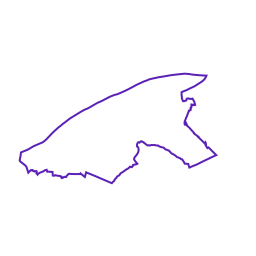 outline of Thot Not, Can Tho, Vietnam, rotated 290°
{"feature_id": "81297802B2345271224879", "entity_name": "Thot Not", "entity_type": "district", "adm_level": 2, "iso_a3": "VNM", "parent_name": "Vietnam", "parent_adm1": "Can Tho", "projection": "orthographic", "projection_center": [105.542, 10.239], "detail": "fine", "context": "isolated", "style": "outline", "palette": "violet", "viewbox_px": 256, "rotation_deg": 290, "n_neighbors": 0, "source": "geoboundaries", "source_scale": "gbopen_adm2", "svg_char_len": 5428}
<svg xmlns="http://www.w3.org/2000/svg" viewBox="0 0 256 256"><g transform="rotate(290 128 128)"><path d="M132.7,220.2L133.9,217.6L137.3,210.3L136.3,209.5L137.6,207.8L137.9,207.4L138.1,207.3L138.4,207.0L138.6,206.6L138.8,206.6L139.2,206.8L139.4,206.9L139.6,206.8L139.9,206.5L140.2,206.4L141.1,205.6L139.9,205.1L141.6,201.4L143.5,197.1L143.8,197.2L145.4,192.0L145.5,191.8L145.9,191.7L146.0,191.6L146.1,191.3L146.3,191.1L146.5,190.7L147.9,188.0L149.1,185.9L150.8,181.7L151.0,182.0L151.6,182.0L151.7,181.9L151.8,181.5L151.9,181.4L151.4,181.5L151.3,181.4L151.2,181.3L151.1,181.0L150.8,180.8L150.6,180.5L150.6,180.4L150.6,180.2L150.8,180.0L151.5,179.9L152.2,179.3L152.4,179.2L152.9,179.2L153.5,179.1L154.0,179.0L154.7,179.1L155.7,179.1L156.6,179.2L157.1,179.1L157.4,179.1L158.2,179.2L158.7,179.3L162.3,179.3L164.5,179.4L164.7,179.5L165.1,179.3L165.2,179.5L165.4,179.7L165.7,179.8L165.9,180.0L166.0,180.4L166.3,180.7L166.8,180.6L168.2,179.9L168.4,179.9L168.4,180.0L168.5,180.3L168.6,180.5L169.9,180.3L170.7,180.0L171.6,179.6L171.8,179.6L171.8,179.8L171.8,180.5L172.0,180.8L171.8,180.9L171.7,181.0L171.9,181.2L172.0,181.4L172.0,181.5L172.0,182.1L172.7,183.2L175.1,181.5L175.4,181.2L176.1,180.4L177.7,178.6L177.3,178.0L177.2,177.9L176.9,177.5L176.8,177.3L176.8,177.0L176.8,176.7L176.8,176.4L176.6,176.1L176.4,175.6L176.4,174.8L176.4,174.4L176.1,174.0L176.0,173.9L175.8,173.4L175.6,173.2L175.4,173.2L175.1,173.2L174.4,173.2L173.9,173.3L173.6,173.2L173.5,172.7L173.3,172.5L172.5,171.8L172.3,171.4L172.2,171.2L172.1,170.6L172.1,170.4L172.3,170.2L172.8,169.8L173.4,169.4L174.1,168.6L174.5,168.4L175.5,168.1L176.0,167.8L176.7,167.4L177.2,167.1L180.0,166.1L181.3,167.4L183.9,170.4L185.5,171.8L190.0,176.3L197.4,181.9L200.1,183.2L201.8,183.6L203.2,183.8L204.1,183.8L203.6,182.4L202.1,177.4L200.4,171.0L199.5,166.5L198.4,162.6L195.2,156.0L192.7,151.0L191.0,148.0L188.7,144.0L186.3,139.6L182.8,134.1L181.1,131.5L179.1,129.4L177.5,127.4L174.7,124.5L171.3,121.1L167.4,117.7L162.9,113.5L160.2,110.8L155.9,106.2L154.4,103.9L151.2,100.3L144.1,93.8L141.2,90.7L134.5,85.1L132.0,82.9L130.8,81.3L126.7,77.8L117.1,70.2L111.6,66.7L108.8,64.9L107.1,64.0L104.7,62.4L98.0,58.9L89.3,55.1L85.5,52.9L84.7,52.0L78.6,45.5L73.8,41.6L71.9,39.6L68.5,35.8L67.1,36.1L65.2,36.5L63.7,36.8L62.4,36.9L61.8,37.1L60.6,37.3L60.2,37.4L60.0,37.6L59.7,38.2L58.3,42.5L57.6,44.5L57.1,45.4L56.8,45.7L56.4,46.1L51.9,49.6L54.6,50.8L54.6,51.0L54.8,51.1L55.2,51.2L55.4,51.3L55.4,51.6L55.3,52.1L55.4,52.3L55.8,52.6L55.9,52.8L55.8,53.0L55.7,53.1L55.4,53.1L55.2,53.3L55.4,54.8L55.1,55.0L55.2,55.3L55.7,55.5L55.8,55.6L56.0,56.0L56.2,56.5L56.1,56.9L55.7,57.2L55.1,57.4L54.4,57.7L54.1,57.6L53.9,57.6L53.8,58.3L53.3,59.0L54.3,59.2L54.5,59.3L55.1,60.0L55.6,60.3L56.0,60.6L56.8,61.6L57.2,62.1L57.8,62.6L58.0,62.9L58.3,63.4L58.4,63.5L58.8,63.6L60.0,64.5L60.2,64.8L60.4,65.1L60.9,65.9L59.8,66.7L59.7,66.7L59.3,67.1L59.7,67.9L60.5,70.8L60.9,72.1L57.6,73.6L57.8,74.5L58.2,75.5L58.8,75.7L59.1,78.7L59.6,79.9L59.6,81.5L59.3,81.7L59.2,81.8L59.2,82.0L59.4,82.5L59.1,82.8L58.6,82.6L58.4,82.6L58.3,82.8L58.5,83.0L58.5,83.3L58.8,83.7L59.3,84.1L59.6,84.4L59.7,84.5L60.3,84.7L60.4,84.9L60.5,85.4L60.6,85.6L60.6,85.9L60.6,86.2L60.6,86.4L60.7,86.6L60.8,86.7L61.1,86.6L61.6,86.7L62.3,86.9L63.7,87.5L64.0,87.7L64.6,87.9L64.8,88.1L65.5,90.8L66.4,93.4L68.5,99.2L69.0,99.1L67.2,104.2L67.5,104.2L72.0,103.8L71.6,113.9L70.6,131.7L71.2,131.9L72.1,132.2L72.6,132.5L73.1,132.8L73.7,133.2L73.9,133.2L74.3,133.1L74.7,133.1L75.0,133.1L75.5,133.4L76.2,133.5L76.7,133.8L77.0,134.1L77.9,134.2L78.4,134.3L78.8,134.4L79.0,134.6L79.8,135.3L80.4,135.8L80.8,136.0L81.2,136.2L82.6,136.4L82.9,136.6L85.9,138.9L86.7,139.4L88.2,140.4L88.6,140.7L89.8,141.8L90.4,142.2L90.9,142.5L91.4,142.8L91.6,142.9L92.1,142.9L92.3,143.0L92.4,144.5L92.4,144.8L92.5,145.0L93.3,145.3L93.7,145.5L93.9,145.4L94.5,145.2L94.9,145.3L96.2,147.3L96.4,147.7L96.8,148.3L97.6,149.0L99.2,146.2L99.9,145.3L100.3,144.8L100.9,144.3L101.5,144.2L102.1,144.2L102.8,144.3L104.5,144.9L105.7,145.3L107.2,145.7L108.3,145.8L109.3,145.8L110.3,145.7L111.0,145.5L112.0,145.0L112.8,144.6L113.1,144.3L113.4,143.9L113.6,143.4L113.8,142.7L114.1,142.5L114.5,142.5L114.9,142.4L115.5,142.2L116.0,142.1L116.6,142.1L117.0,142.2L117.6,142.3L117.9,142.4L118.1,142.7L118.2,142.9L118.3,143.1L118.2,143.8L118.3,143.9L118.4,144.0L118.6,144.0L118.9,144.0L119.1,144.1L119.4,144.3L120.0,144.9L120.1,145.2L120.2,145.4L119.9,145.8L119.8,146.0L120.0,146.5L120.0,146.9L119.9,147.8L119.4,148.3L119.3,148.5L119.3,148.9L119.3,149.2L118.7,150.8L118.3,152.5L118.9,153.4L119.0,153.6L118.9,154.2L119.2,154.8L119.4,155.1L119.8,155.4L120.0,155.8L120.5,157.2L120.8,158.1L121.1,158.8L121.2,160.0L121.7,162.0L121.8,162.2L121.8,162.4L121.5,163.2L121.4,163.8L121.4,164.3L121.4,165.0L121.5,166.4L121.7,167.7L121.7,168.3L121.6,168.6L121.3,169.3L121.0,169.7L120.9,169.9L120.7,170.8L120.7,171.2L120.8,171.5L120.8,172.1L120.8,172.9L120.7,173.4L120.7,173.7L120.8,173.9L120.8,174.1L120.7,174.3L120.5,174.5L120.1,175.6L119.6,176.3L119.2,177.2L119.1,177.6L118.8,178.6L118.8,179.5L118.3,181.9L117.9,182.9L117.6,183.5L117.5,183.9L117.4,184.2L117.5,185.2L117.5,186.1L117.4,187.1L117.4,187.4L116.9,188.5L116.8,188.8L116.8,189.0L117.1,189.4L117.1,189.5L116.3,190.8L115.8,191.2L115.5,191.8L115.2,192.2L114.9,192.5L114.4,192.9L113.9,193.5L114.4,195.1L114.8,196.9L111.8,199.2L115.5,203.1L115.8,203.4L115.9,203.8L116.4,204.3L125.3,212.8L125.6,213.2L128.6,216.0L132.7,220.2Z" fill="none" stroke="#5b21b6" stroke-width="2"/></g></svg>